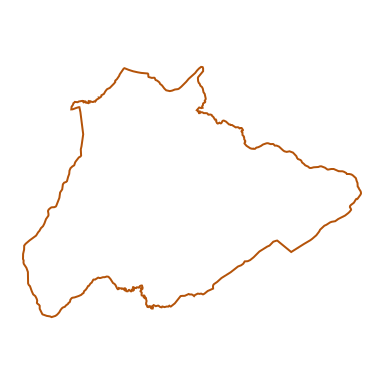 Guachetá, Cundinamarca, Colombia
{"feature_id": "7082276B56443228880790", "entity_name": "Guachetá", "entity_type": "district", "adm_level": 2, "iso_a3": "COL", "parent_name": "Colombia", "parent_adm1": "Cundinamarca", "projection": "orthographic", "projection_center": [-73.705, 5.391], "detail": "fine", "context": "isolated", "style": "outline", "palette": "amber", "viewbox_px": 384, "rotation_deg": 0, "n_neighbors": 0, "source": "geoboundaries", "source_scale": "gbopen_adm2", "svg_char_len": 5919}
<svg xmlns="http://www.w3.org/2000/svg" viewBox="0 0 384 384"><path d="M124.5,68.2L123.7,68.6L119.7,74.4L119.2,75.8L116.9,79.2L115.3,80.6L115.1,81.3L115.3,81.9L114.2,83.4L109.8,87.9L107.2,89.1L106.6,89.7L105.3,91.4L103.9,93.9L101.4,95.3L101.2,96.6L99.9,97.6L98.9,97.5L99.1,98.1L98.9,98.3L96.5,99.7L96.0,100.7L95.5,100.7L95.0,101.1L95.0,101.6L94.0,101.5L93.1,102.0L92.0,101.9L90.4,101.3L90.0,102.0L89.3,101.2L88.8,101.0L88.5,101.3L88.7,103.0L88.3,103.2L87.7,102.9L86.1,102.7L85.8,101.7L85.4,101.5L84.9,102.2L83.9,101.9L83.5,102.2L83.2,101.8L83.4,101.0L82.2,100.9L78.8,101.5L77.7,102.2L74.8,101.9L74.2,102.7L73.4,103.2L73.0,104.7L71.6,106.7L71.3,109.4L72.7,109.3L76.4,107.9L78.7,107.2L79.4,107.2L80.4,112.1L83.2,134.3L81.5,146.3L80.8,149.3L81.1,155.6L80.4,156.6L79.0,157.3L78.3,158.1L75.6,161.6L75.1,162.5L74.2,165.3L72.4,166.4L70.5,168.2L69.5,170.6L69.2,174.0L68.1,176.9L67.0,181.1L66.2,181.9L64.1,182.7L62.9,184.3L62.2,189.4L60.1,192.5L59.4,197.8L56.2,206.0L55.7,206.6L54.2,207.2L51.8,207.3L50.8,207.7L48.7,209.5L48.0,211.0L48.5,214.2L48.4,215.7L46.0,219.1L44.4,223.5L43.0,226.2L40.9,228.2L39.4,230.9L38.2,232.2L36.1,235.6L29.7,240.3L25.6,243.8L24.2,245.6L24.1,249.6L23.1,253.9L23.0,259.0L23.6,260.4L23.5,262.6L23.8,263.9L26.4,267.8L27.9,272.0L28.1,283.5L28.8,285.0L30.0,286.2L31.8,291.3L33.2,294.4L35.3,296.1L36.6,298.6L37.2,300.5L36.9,302.9L37.4,303.6L39.0,304.8L39.7,305.8L39.7,308.8L42.3,314.1L42.6,314.4L46.8,315.9L50.0,316.4L51.6,317.1L55.4,315.9L57.2,314.6L59.2,312.4L60.7,309.8L62.0,308.2L63.1,307.4L64.8,306.8L65.9,305.5L68.0,303.9L68.6,302.8L69.6,302.3L70.1,301.2L70.4,299.7L71.7,298.1L72.6,297.7L74.6,297.4L78.7,296.0L81.3,294.8L82.6,293.5L83.4,293.2L84.2,291.1L85.8,289.7L87.4,287.4L87.9,286.2L88.9,285.8L90.5,283.5L91.7,282.6L93.3,279.7L93.8,279.5L95.0,279.6L98.2,277.6L99.4,278.0L100.5,278.0L103.0,277.2L104.6,277.2L106.9,276.5L108.5,276.8L110.4,278.9L113.0,283.0L114.5,283.9L115.5,285.1L117.1,288.4L117.8,289.2L118.5,289.1L118.9,288.0L119.9,288.4L121.2,288.3L121.9,288.9L122.7,288.5L124.3,289.8L124.4,289.3L124.1,288.6L124.5,288.3L125.1,288.3L125.9,289.1L126.0,290.8L126.3,291.2L127.7,291.3L128.7,290.0L129.1,289.9L130.8,291.3L131.3,291.3L131.8,290.6L131.8,289.7L132.4,289.7L133.1,290.6L133.8,290.1L134.0,289.1L132.9,287.8L133.1,287.1L133.4,287.1L134.6,287.9L136.1,288.1L136.6,287.4L137.0,287.3L138.7,287.6L139.9,286.1L141.2,285.5L142.0,285.6L142.6,287.8L140.8,288.3L141.1,289.0L141.9,289.4L140.6,290.8L140.5,291.4L141.4,292.1L141.8,292.9L141.5,294.1L141.7,295.4L143.0,295.8L143.7,295.5L144.3,295.6L144.8,296.5L144.0,296.9L143.8,297.2L144.6,298.1L145.2,297.7L146.0,298.1L146.1,299.4L146.6,301.0L146.2,302.6L146.1,304.3L147.1,305.8L147.2,306.6L147.7,307.0L148.2,307.1L149.2,306.1L150.7,306.4L150.1,307.1L150.6,307.4L151.1,308.2L151.6,308.5L152.7,308.5L153.0,307.4L152.2,306.9L152.1,306.4L153.7,305.1L155.8,306.2L157.6,305.7L158.5,305.7L160.2,307.0L161.4,307.3L161.7,307.3L162.3,306.5L164.6,307.1L166.8,306.5L168.3,306.6L169.3,305.7L170.4,306.5L170.9,306.5L174.8,303.4L180.6,296.1L182.0,295.9L184.8,295.8L188.7,294.0L189.8,294.5L191.3,294.4L192.6,294.8L194.1,296.1L195.0,295.0L197.8,293.6L199.6,293.9L201.1,293.6L203.0,294.4L204.4,293.7L207.7,291.0L213.1,288.6L213.0,286.0L213.4,284.8L214.0,284.1L217.2,281.9L221.5,278.0L230.6,272.3L238.0,266.5L241.1,265.3L242.5,264.3L243.3,263.7L244.7,261.4L247.7,261.2L250.1,260.1L253.6,257.3L259.4,251.5L267.2,246.6L269.5,245.6L273.3,241.7L276.4,240.7L277.3,240.6L291.2,252.0L303.9,244.0L310.2,240.3L312.1,238.9L316.3,235.3L319.2,231.5L320.1,229.7L324.4,225.7L326.4,224.8L330.1,222.4L331.7,221.8L335.2,221.2L338.4,218.9L345.0,215.6L348.1,213.2L349.7,211.7L351.1,209.8L350.9,208.9L349.9,207.1L350.0,206.1L350.9,205.0L353.9,202.7L355.8,199.5L356.4,198.9L357.1,199.1L357.6,198.7L360.6,194.5L361.0,193.4L360.9,192.2L360.5,191.1L358.7,188.3L358.6,187.6L357.7,186.6L357.5,183.0L356.7,181.1L356.0,178.6L355.8,178.1L353.0,175.5L351.5,174.5L349.3,174.0L346.8,174.0L346.2,173.0L343.8,171.7L342.5,171.3L338.7,171.2L333.7,169.0L331.2,169.0L328.0,169.6L327.3,169.4L325.0,167.7L321.3,166.3L320.1,166.3L318.2,167.0L313.7,167.3L311.5,167.9L310.0,168.0L309.3,167.7L308.1,166.6L305.2,165.3L303.9,163.9L302.1,162.5L301.3,160.8L300.5,160.0L297.9,159.0L297.0,157.8L296.4,156.2L293.0,152.6L289.5,151.3L286.7,151.9L284.4,151.3L283.0,150.3L279.0,146.6L276.6,145.6L274.8,145.6L273.5,144.2L273.0,144.0L270.6,144.1L267.9,143.2L266.5,143.3L263.0,144.5L261.0,145.9L258.3,147.2L256.4,147.6L255.0,148.8L253.8,148.9L253.3,148.6L252.2,148.8L250.3,148.3L246.5,145.8L244.5,143.5L244.6,142.9L245.1,142.3L244.9,141.7L245.3,141.1L244.2,139.2L244.2,137.8L243.9,137.4L243.9,136.5L242.5,135.0L242.4,132.3L241.8,132.0L241.5,131.3L241.8,130.7L242.9,130.2L242.9,129.8L241.6,128.0L240.3,128.0L239.9,128.4L239.5,128.4L238.5,127.4L237.1,127.2L235.7,127.4L232.0,125.0L230.5,125.0L230.1,124.5L229.0,124.4L226.0,121.6L223.9,120.6L223.2,120.6L222.5,121.0L221.5,122.9L221.0,123.3L220.3,123.3L219.4,122.7L218.0,123.5L217.6,123.5L217.1,123.2L216.2,121.5L216.3,120.3L216.0,119.8L215.8,119.5L214.9,119.6L213.4,117.0L212.1,115.9L211.6,114.9L210.2,114.5L208.6,114.7L208.1,114.5L207.8,113.9L206.9,113.2L203.6,113.1L202.6,112.4L200.9,112.2L199.8,113.1L199.4,113.1L199.5,112.0L198.9,112.3L198.8,111.3L197.7,111.3L197.6,110.4L196.9,110.1L199.2,107.5L201.4,108.1L202.6,107.8L202.1,106.3L202.9,105.2L203.0,103.9L203.3,103.3L205.0,102.3L205.2,101.9L204.9,101.6L204.7,100.8L205.6,99.4L205.7,98.5L204.7,93.9L203.5,92.2L202.8,88.7L202.1,87.2L200.4,85.7L199.5,83.5L198.8,83.0L198.1,81.0L197.9,78.0L198.2,77.1L203.1,71.2L203.1,68.3L202.6,67.1L201.1,66.9L199.0,68.5L197.0,70.6L195.2,73.0L188.7,78.8L186.2,81.8L181.3,86.7L179.0,88.6L178.0,89.1L174.9,89.5L172.2,90.6L169.8,91.1L166.2,90.3L164.4,88.6L162.0,85.4L160.1,83.9L159.4,82.4L157.3,80.7L155.6,80.0L154.6,77.9L154.1,77.7L151.8,77.9L148.6,77.0L148.4,76.7L148.2,74.1L147.7,73.5L141.1,72.9L137.7,72.3L133.2,71.3L128.8,69.9L124.5,68.2Z" fill="none" stroke="#b45309" stroke-width="2"/></svg>